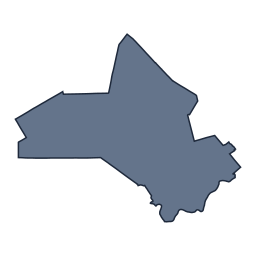 Foeni, Timis, Romania (Albers equal-area conic projection)
{"feature_id": "2599482B56844423144211", "entity_name": "Foeni", "entity_type": "district", "adm_level": 2, "iso_a3": "ROU", "parent_name": "Romania", "parent_adm1": "Timis", "projection": "albers", "projection_center": [20.878, 45.496], "detail": "fine", "context": "isolated", "style": "filled", "palette": "slate", "viewbox_px": 256, "rotation_deg": 0, "n_neighbors": 0, "source": "geoboundaries", "source_scale": "gbopen_adm2", "svg_char_len": 5190}
<svg xmlns="http://www.w3.org/2000/svg" viewBox="0 0 256 256"><path d="M219.6,181.3L220.2,180.9L221.4,180.7L222.0,180.6L222.7,180.5L224.4,180.7L225.5,180.9L226.3,181.1L226.7,181.3L227.3,181.4L227.7,181.5L228.4,181.7L228.8,181.8L229.1,181.7L229.3,181.6L229.7,181.4L229.8,181.4L230.2,181.1L230.9,180.5L231.4,179.9L231.9,179.6L232.5,179.1L232.9,178.9L233.6,178.4L234.2,178.1L234.5,177.9L234.8,177.7L235.1,177.6L235.1,177.3L235.1,177.0L235.0,176.7L235.1,176.4L235.0,176.2L235.1,175.8L235.1,175.4L235.1,175.0L235.0,174.8L234.6,174.1L234.3,173.6L232.6,174.5L233.3,174.0L233.1,173.8L237.4,170.0L240.6,167.2L233.9,159.3L233.8,159.1L230.5,155.0L229.6,153.9L234.7,150.5L234.3,149.9L235.5,149.1L233.5,146.4L232.9,146.2L232.5,146.0L232.4,145.8L232.3,145.4L232.0,145.2L231.8,144.9L231.7,144.8L231.5,144.6L231.4,144.4L231.0,144.2L230.7,144.0L230.3,143.9L230.0,143.7L229.7,143.5L229.4,143.1L228.8,142.0L225.8,144.4L223.1,145.4L217.2,138.5L214.7,135.5L206.5,137.6L200.5,139.4L195.9,140.7L194.3,141.2L193.9,139.7L191.9,131.9L190.0,124.5L188.9,120.3L188.2,117.3L187.6,115.2L187.8,114.9L187.9,114.7L188.2,114.5L188.8,114.6L189.5,114.7L195.8,104.1L197.7,101.0L197.1,98.4L196.5,95.7L196.2,95.3L195.9,95.0L195.3,94.6L193.7,93.6L189.8,91.3L185.3,88.5L184.8,88.2L180.0,85.4L177.6,83.9L174.8,82.1L172.9,81.0L173.0,80.9L172.0,80.2L170.5,78.6L168.4,76.4L167.3,75.4L164.7,72.6L162.1,69.9L161.9,69.7L161.8,69.4L161.0,68.7L159.2,66.8L156.3,63.7L155.5,62.7L155.1,62.8L155.0,62.7L154.5,62.1L152.8,60.2L149.4,56.5L146.3,53.2L141.2,47.6L137.6,43.8L135.5,41.5L134.6,40.6L133.9,39.9L132.9,38.8L131.1,37.4L129.7,36.3L128.1,35.0L127.1,34.2L126.7,34.7L125.2,36.6L123.7,38.6L121.4,41.6L120.2,43.1L119.8,43.6L119.5,43.9L119.2,44.4L118.9,45.0L118.7,46.0L118.2,48.0L117.4,51.9L116.6,55.2L115.9,58.6L114.8,63.6L113.9,67.8L113.1,71.2L112.5,73.3L111.8,76.6L111.1,80.9L110.0,86.5L108.7,92.7L108.6,92.9L108.2,93.2L102.8,93.3L96.0,93.4L90.9,93.6L84.3,93.8L79.6,93.9L74.3,94.0L68.4,94.1L63.4,94.2L62.8,92.0L62.6,91.8L62.6,91.7L59.9,93.3L56.4,95.3L52.9,97.3L51.3,98.2L48.3,99.9L45.3,101.7L41.9,103.6L38.7,105.5L34.7,107.8L34.4,107.9L31.4,109.7L28.4,111.6L25.2,113.5L22.0,115.4L18.7,117.3L15.8,119.0L15.4,119.1L15.4,119.3L17.1,122.0L18.7,124.8L20.3,127.6L22.0,130.4L23.6,133.0L26.2,137.4L26.3,137.6L26.1,137.7L24.0,139.0L21.4,140.5L18.5,142.1L18.4,142.3L18.4,146.2L18.4,149.9L18.4,150.1L18.4,153.6L18.4,157.6L22.1,157.7L25.2,157.9L28.3,158.0L32.5,158.0L35.5,158.1L40.0,158.1L43.1,158.1L46.9,158.1L50.8,158.0L54.8,158.0L58.6,158.0L61.9,158.0L65.2,158.0L68.8,158.0L71.3,158.0L72.2,158.0L75.6,157.9L79.1,158.0L82.5,158.0L86.3,158.0L90.7,157.9L93.6,157.8L97.4,157.7L100.6,157.6L103.8,159.9L106.7,161.9L110.5,164.7L113.2,166.6L116.4,168.9L118.4,170.4L118.8,170.7L121.9,173.0L122.6,173.5L125.3,175.5L128.2,177.6L131.4,179.9L134.6,182.2L136.2,183.3L137.4,184.4L137.6,184.3L138.1,185.6L138.5,185.5L140.3,184.9L141.8,185.1L143.7,185.8L144.3,185.8L144.7,185.5L144.8,185.7L146.2,187.9L147.1,189.1L148.2,190.9L149.1,192.2L150.6,194.5L151.0,195.0L151.4,195.6L151.5,195.8L151.0,197.4L151.1,198.1L151.5,198.8L152.0,199.4L152.8,200.4L152.8,200.6L152.9,201.1L152.8,201.4L152.8,201.6L152.6,201.7L152.3,201.8L151.8,201.8L151.5,201.9L151.2,202.1L151.0,202.3L150.9,202.4L150.4,203.0L150.4,203.3L150.6,203.4L151.5,203.6L152.7,203.7L153.8,204.1L154.3,204.4L154.9,205.1L155.8,206.0L156.0,206.0L157.1,204.7L158.3,204.4L159.0,204.3L159.5,204.3L160.3,204.6L160.9,204.9L161.5,205.6L161.5,206.9L161.2,208.0L160.8,209.2L160.4,210.1L160.1,211.0L159.8,211.9L159.8,213.0L159.8,214.0L160.8,215.8L161.4,217.1L161.7,217.5L163.0,219.4L163.1,219.5L163.6,220.0L164.1,220.7L164.4,221.4L164.5,221.6L165.8,221.7L166.5,221.8L167.2,221.7L168.4,221.6L169.2,221.5L170.1,221.5L170.8,221.5L171.5,221.4L172.2,221.2L172.8,220.8L173.2,220.5L173.3,220.3L173.7,219.8L174.0,219.3L174.1,218.9L174.4,218.1L174.5,217.8L174.7,217.4L175.1,216.7L175.5,216.0L176.0,215.4L176.3,215.1L176.9,214.4L177.3,213.9L177.7,213.3L177.9,212.7L178.1,212.1L178.2,211.8L178.4,211.2L178.7,210.7L179.1,210.2L179.3,210.0L179.8,209.7L180.4,209.5L181.1,209.5L181.8,209.5L182.5,209.7L183.1,209.9L183.6,210.1L185.0,210.8L185.9,211.3L187.1,211.7L187.7,211.9L188.7,212.0L189.2,212.1L189.6,212.1L190.2,212.3L190.7,212.4L191.5,212.5L192.2,212.5L192.9,212.3L193.7,212.2L194.2,212.1L194.8,211.8L195.1,211.7L195.6,211.2L195.9,210.9L196.0,210.6L196.4,210.2L196.7,210.0L197.1,209.9L197.5,209.8L197.9,209.9L198.7,210.1L199.0,210.3L199.4,210.6L199.9,211.0L200.5,211.4L200.7,211.5L201.2,211.5L201.5,211.5L201.8,211.4L202.0,211.3L202.2,211.2L202.6,210.9L202.8,210.6L203.1,210.2L203.3,209.7L203.3,209.3L203.4,209.0L203.5,208.4L203.7,207.7L203.7,207.4L203.9,206.9L204.1,206.2L204.4,205.3L204.5,205.1L204.5,204.5L204.7,203.6L204.8,202.7L205.1,201.6L205.3,201.0L205.6,200.3L206.0,199.4L206.2,199.2L206.9,198.0L207.5,197.0L208.0,195.9L208.3,195.4L208.5,195.0L209.2,194.2L209.7,193.6L210.4,192.9L211.3,192.4L212.4,191.9L213.4,191.4L214.3,191.0L215.0,190.6L215.4,190.4L215.7,190.0L216.7,188.8L217.1,188.1L217.6,187.3L217.9,186.7L218.0,186.4L218.2,185.9L218.6,184.9L219.0,184.0L219.0,183.5L219.0,183.2L219.0,182.9L219.0,182.5L219.0,182.2L219.2,181.9L219.3,181.7L219.6,181.4L219.6,181.3Z" fill="#64748b" stroke="#1e293b" stroke-width="1.5"/></svg>